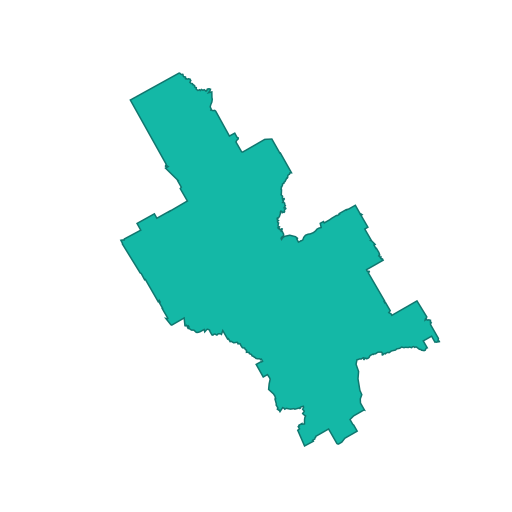 Hepburn, Victoria, Australia, rotated 52°
{"feature_id": "25037944B22879671704108", "entity_name": "Hepburn", "entity_type": "district", "adm_level": 2, "iso_a3": "AUS", "parent_name": "Australia", "parent_adm1": "Victoria", "projection": "natural_earth1", "projection_center": [144.036, -37.317], "detail": "fine", "context": "isolated", "style": "filled", "palette": "teal", "viewbox_px": 512, "rotation_deg": 52, "n_neighbors": 0, "source": "geoboundaries", "source_scale": "gbopen_adm2", "svg_char_len": 6126}
<svg xmlns="http://www.w3.org/2000/svg" viewBox="0 0 512 512"><g transform="rotate(52 256 256)"><path d="M206.2,358.4L206.3,357.6L231.7,361.2L231.3,359.6L232.7,359.8L232.6,360.2L233.5,360.3L233.4,360.9L239.6,361.8L239.5,362.2L242.0,362.6L250.9,363.8L251.0,364.4L249.7,365.5L257.8,365.4L258.6,364.9L260.6,350.8L267.2,354.9L267.7,354.5L267.8,353.4L269.1,353.6L269.3,352.3L270.7,352.5L270.4,353.9L271.3,354.1L272.3,353.2L274.6,352.5L276.2,350.6L279.4,350.1L280.3,349.1L281.2,346.9L282.0,342.1L284.2,343.1L283.6,340.1L283.9,339.2L285.7,338.2L287.3,338.8L291.1,339.3L291.8,338.7L291.8,337.2L292.2,336.4L294.1,335.6L294.3,335.1L294.0,334.0L294.2,333.4L295.5,331.8L296.5,331.5L294.3,328.1L304.0,329.5L304.1,328.7L307.6,329.1L307.7,328.3L308.2,328.0L310.7,327.0L312.4,323.9L314.1,324.2L314.0,323.7L314.8,323.4L315.5,322.5L317.2,323.0L319.5,323.2L320.4,322.9L321.4,321.6L323.1,322.0L324.4,321.5L326.0,322.8L326.4,322.0L327.4,321.5L327.8,320.8L329.0,321.3L330.8,320.2L332.3,320.6L333.7,319.7L334.8,319.7L335.2,319.2L336.7,319.1L338.3,317.7L338.8,316.7L339.6,316.2L340.5,316.3L340.6,315.3L343.0,315.6L342.9,316.9L342.4,317.2L341.5,322.6L355.8,324.8L356.5,320.0L360.5,320.3L361.8,320.7L364.9,324.4L368.9,328.2L375.5,327.1L378.2,327.4L380.6,328.4L380.4,329.1L385.0,331.0L385.9,331.9L388.4,332.1L389.1,332.6L389.4,332.4L389.9,333.5L392.0,332.8L391.7,331.8L392.4,332.7L393.4,332.9L391.9,328.3L393.4,327.6L394.4,327.7L394.7,325.9L397.9,323.1L399.6,320.1L400.6,319.7L402.5,315.2L403.1,315.3L403.2,314.7L402.6,314.6L402.7,313.1L403.6,311.2L404.6,311.7L405.6,313.7L407.4,313.4L408.2,313.7L408.8,316.2L410.2,316.1L412.6,315.4L413.1,316.6L414.5,318.2L418.2,321.2L416.9,323.3L416.3,322.9L415.8,326.4L416.6,326.5L416.5,327.8L419.0,328.1L419.0,330.4L435.6,334.7L437.3,324.9L436.1,324.9L436.4,322.4L435.6,321.4L435.5,320.5L434.9,319.9L437.0,305.3L453.6,307.7L454.6,307.2L455.0,306.7L455.5,303.0L454.3,298.2L456.3,284.1L449.4,283.1L448.3,283.4L442.7,282.6L442.1,277.5L443.8,265.7L444.2,265.4L436.2,264.2L432.8,261.8L430.4,258.0L425.9,256.9L415.5,251.2L410.2,246.3L402.9,243.8L399.9,240.3L400.6,238.9L400.9,237.5L401.9,236.7L402.2,234.4L402.5,233.7L402.9,233.7L403.9,234.7L404.1,234.5L403.9,234.2L403.9,232.9L404.1,232.3L405.0,232.2L405.3,231.6L405.6,230.2L405.5,229.3L404.8,227.9L404.8,226.6L405.3,224.2L405.8,224.1L405.8,223.4L406.7,221.9L406.7,220.2L407.0,218.9L409.1,216.2L410.0,216.2L411.6,217.4L412.0,217.1L411.7,215.1L412.8,214.3L412.6,213.2L412.9,212.1L413.2,211.3L413.9,210.9L414.2,210.4L414.2,207.8L416.0,203.9L415.8,202.4L417.2,199.6L417.4,197.3L419.4,195.8L419.8,194.6L421.9,192.3L422.2,191.1L424.1,189.8L423.9,188.6L424.4,187.6L425.7,187.2L425.7,186.7L426.5,185.6L430.1,184.7L431.3,183.6L432.1,183.6L434.1,181.8L434.4,180.6L433.4,178.8L433.8,177.6L425.9,176.5L427.3,167.0L433.9,168.0L433.9,167.7L434.8,167.2L436.4,164.2L436.0,164.0L434.8,164.7L433.3,163.0L418.1,160.8L416.9,160.4L416.5,159.1L415.8,159.4L415.6,158.9L414.9,158.9L414.1,158.1L412.7,159.1L412.1,160.4L410.7,160.8L410.6,162.1L409.9,161.2L409.8,159.9L408.9,159.2L409.0,158.9L390.5,156.8L386.4,185.5L384.7,185.2L382.4,186.2L381.7,183.9L372.2,182.6L372.3,183.3L370.4,183.0L370.4,182.3L338.4,177.9L338.2,176.4L337.7,176.3L336.7,177.6L336.1,177.7L334.8,177.3L337.6,158.4L336.6,158.3L336.5,158.6L336.1,158.2L334.9,159.1L333.7,158.2L333.6,159.0L332.4,158.7L331.5,159.2L331.0,158.2L331.2,157.8L328.8,157.0L324.0,156.4L323.9,156.9L320.0,156.3L320.2,155.0L315.1,155.6L314.5,156.0L314.6,155.5L301.7,153.7L302.2,150.1L288.5,148.2L288.7,147.0L287.5,147.4L287.7,147.9L287.2,148.1L287.0,147.6L286.4,147.9L277.2,146.5L276.0,154.4L275.7,154.7L275.4,156.5L275.0,156.4L273.8,164.3L274.5,164.4L274.2,167.0L273.6,167.6L272.9,173.1L272.8,175.8L271.9,181.9L270.4,181.6L269.8,185.3L273.7,187.1L272.7,189.4L272.4,191.6L272.9,193.5L272.9,196.4L272.0,199.6L270.9,201.5L270.1,204.2L270.7,206.9L272.1,209.1L272.0,210.8L271.6,211.3L271.6,212.3L271.2,214.0L267.7,213.4L267.8,212.7L267.6,212.4L265.1,213.0L260.4,216.6L258.1,221.5L258.1,223.8L258.7,225.7L257.7,225.5L257.1,224.6L257.0,223.0L257.4,222.2L255.8,220.8L252.8,220.2L252.4,220.3L252.2,220.9L251.7,220.9L251.6,219.8L250.8,218.7L250.4,219.0L250.0,220.9L248.4,221.3L248.5,220.7L248.1,219.8L248.3,220.8L247.3,221.2L247.2,219.8L246.7,220.2L245.9,220.1L245.3,219.7L243.9,217.9L243.0,218.3L242.1,217.9L241.8,216.4L240.6,217.0L240.0,216.2L239.3,216.1L239.2,215.6L239.8,214.9L239.3,213.3L237.4,210.4L236.4,209.8L235.9,208.8L236.6,208.3L238.0,208.7L238.2,208.4L238.0,207.7L238.9,207.0L238.7,206.2L237.4,205.4L237.0,204.5L237.1,203.6L236.9,203.2L236.2,203.2L235.3,204.1L234.3,201.8L233.7,202.0L231.9,200.9L230.9,201.2L230.2,202.0L229.6,200.5L228.6,200.7L228.1,200.4L228.7,199.3L228.5,198.6L228.0,198.5L227.4,199.4L226.6,199.7L225.3,198.3L223.2,198.5L222.8,197.9L219.5,195.1L218.8,195.2L217.7,193.7L217.2,193.6L216.9,192.0L215.5,190.7L215.9,189.3L215.2,188.7L215.2,187.3L213.7,184.2L213.9,183.6L213.4,183.2L213.6,182.7L212.1,181.3L212.0,180.1L212.2,179.3L211.4,178.2L212.3,176.8L189.8,173.4L189.7,173.9L173.6,171.5L169.5,177.3L165.9,202.5L165.0,203.2L153.8,201.6L153.0,200.0L152.8,198.0L152.0,197.3L150.8,197.9L146.1,197.1L145.1,203.1L117.1,198.6L115.8,198.9L115.0,200.4L114.2,201.0L113.6,201.0L113.2,201.7L112.5,200.8L110.3,200.3L108.9,198.5L107.5,196.0L105.6,194.0L103.9,193.1L99.5,189.8L98.1,192.9L97.5,190.6L96.6,189.2L95.3,190.0L94.5,191.6L95.3,193.0L95.3,193.9L93.1,194.4L92.7,195.8L91.1,196.5L91.3,198.1L90.2,198.2L89.8,199.9L87.6,200.4L86.6,199.4L85.0,200.3L84.0,199.5L82.2,200.0L82.1,200.3L81.0,200.0L80.0,201.0L78.4,201.2L78.1,200.3L77.6,199.8L77.6,199.4L75.9,199.1L75.3,199.8L74.8,200.0L74.3,201.4L73.2,201.8L73.1,202.3L72.6,202.3L71.7,201.4L71.1,201.6L70.4,202.5L69.3,202.5L67.9,201.8L67.5,202.1L67.2,202.9L66.3,203.4L65.0,203.5L64.5,204.0L55.7,259.0L128.5,270.3L129.1,271.6L129.7,272.1L130.2,271.5L129.4,271.2L129.4,270.8L131.5,270.2L131.1,273.2L148.6,270.9L148.5,271.4L155.8,272.5L156.2,274.2L170.4,276.2L167.6,297.0L167.4,296.7L165.2,310.9L160.2,310.1L157.1,329.7L164.7,330.9L161.5,349.3L162.2,350.2L161.0,351.6L160.4,352.8L163.8,353.4L164.2,353.9L198.1,357.7L199.1,357.2L206.2,358.4Z" fill="#14b8a6" stroke="#0f766e" stroke-width="1.5"/></g></svg>